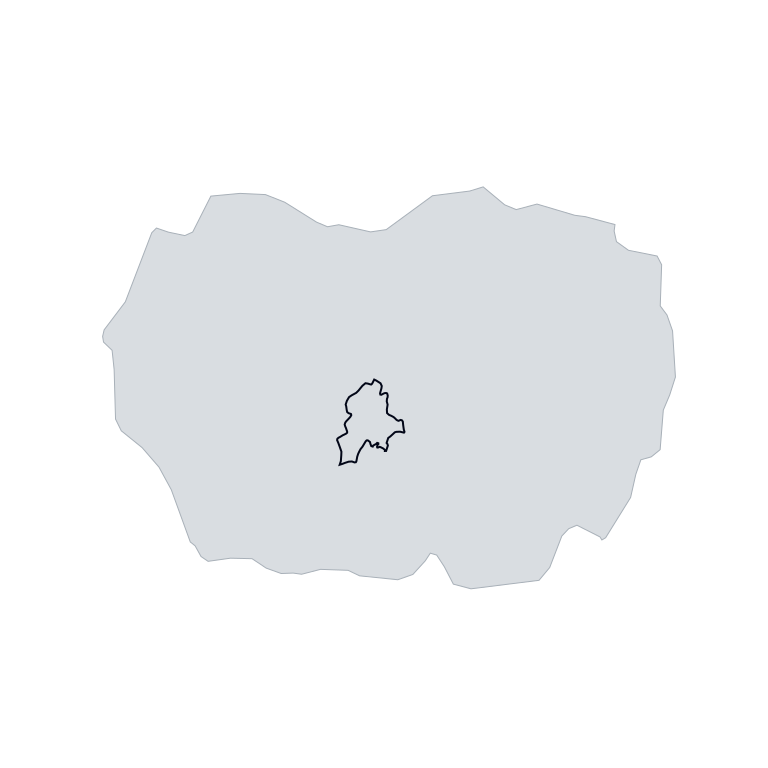 Veles highlighted on a map of North Macedonia, rotated 198°
{"feature_id": "MKD-2915", "entity_name": "Veles", "entity_type": "Statistical Region", "adm_level": 1, "iso_a3": "MKD", "parent_name": "North Macedonia", "parent_adm1": "", "projection": "orthographic", "projection_center": [21.727, 41.757], "detail": "fine", "context": "in_parent", "style": "outline", "palette": "ink", "viewbox_px": 768, "rotation_deg": 198, "n_neighbors": 0, "source": "natural_earth", "source_scale": "10m", "svg_char_len": 2808}
<svg xmlns="http://www.w3.org/2000/svg" viewBox="0 0 768 768"><g transform="rotate(198 384 384)"><path d="M348.4,194.1L360.6,195.7L387.1,188.1L403.6,177.6L412.0,176.1L423.2,172.0L439.2,172.5L455.5,177.1L476.2,170.9L496.5,161.0L504.7,163.4L513.6,171.7L519.4,173.9L553.6,217.7L572.3,235.4L594.3,248.7L619.4,258.3L628.5,267.7L645.1,314.3L653.0,332.0L663.7,337.2L666.3,342.3L666.9,349.0L655.4,382.2L651.6,456.1L648.6,462.0L636.0,461.8L619.3,463.6L612.9,469.4L606.7,509.2L579.8,520.8L555.3,527.5L534.6,526.2L498.2,517.1L486.3,516.1L476.2,521.5L443.8,524.5L429.6,531.5L396.1,578.0L362.1,594.0L350.6,602.1L324.6,591.7L312.2,590.7L294.1,602.4L254.7,603.4L244.0,605.4L213.6,607.0L212.4,600.6L206.9,591.2L192.8,586.7L163.8,590.1L156.8,583.2L145.4,543.6L136.2,537.1L126.0,523.7L109.0,480.7L108.9,461.9L110.3,445.5L101.1,406.9L107.3,397.3L116.3,391.3L116.6,375.9L114.4,352.3L125.7,306.3L128.6,303.0L131.3,305.3L156.9,309.3L163.6,303.5L167.9,294.4L169.7,260.7L175.9,245.2L238.0,216.1L256.2,215.1L270.1,228.8L281.0,237.6L287.7,237.4L290.1,228.6L297.7,211.8L310.4,202.1L348.0,194.0L348.4,194.1Z" fill="#d9dde1" stroke="#a8b0b8" stroke-width="1"/><path d="M355.7,355.0L354.5,354.1L353.0,350.7L351.1,346.8L349.7,344.8L349.9,344.2L350.0,343.9L354.0,343.6L357.5,342.3L358.8,341.4L360.0,339.2L361.9,335.9L363.3,334.0L363.3,330.3L363.3,328.7L362.2,328.0L361.3,326.7L361.3,325.3L361.3,322.9L361.3,321.0L362.4,320.6L362.5,321.4L364.7,322.4L367.1,322.8L368.7,322.9L369.8,321.9L370.7,321.5L371.2,322.0L371.3,324.2L370.8,325.2L371.1,325.9L372.3,325.9L373.1,324.3L374.3,323.2L375.3,322.0L375.4,321.0L376.9,321.0L378.3,322.7L379.4,324.5L382.0,325.4L383.1,325.0L383.7,323.8L384.4,320.8L385.1,317.7L386.2,314.8L386.7,311.9L387.0,309.5L387.0,306.6L386.7,304.4L386.4,301.9L386.6,300.9L387.8,300.3L390.6,300.4L393.6,299.2L396.9,296.8L398.7,295.3L401.2,293.5L401.2,294.1L401.2,297.3L402.6,303.0L403.6,306.5L406.4,310.2L409.3,313.9L411.3,316.2L411.4,317.6L410.6,318.9L409.4,320.1L407.4,322.5L406.1,323.7L404.7,325.1L404.0,326.3L404.4,327.5L405.2,328.5L406.6,330.4L407.7,331.6L408.9,333.3L408.9,335.4L408.4,336.9L407.0,339.8L406.1,341.8L405.8,342.6L405.5,344.3L406.2,345.3L407.3,345.3L408.7,345.3L410.4,346.0L411.4,347.7L413.0,351.0L414.1,352.6L414.1,354.0L414.1,356.5L413.2,360.7L411.3,363.2L407.7,367.0L406.2,369.9L405.1,372.8L404.0,375.6L401.9,379.0L399.4,379.4L397.6,379.4L396.1,379.5L395.4,380.6L395.1,382.4L394.7,385.2L392.5,384.9L387.5,383.6L385.5,381.4L385.1,379.0L385.0,375.9L384.9,373.9L384.2,372.8L383.1,373.0L382.4,373.8L381.1,375.1L380.4,375.6L379.2,376.1L378.1,376.0L376.9,374.2L376.5,372.5L376.6,370.8L376.0,368.3L374.2,365.5L373.4,360.6L372.1,357.3L369.7,356.2L367.3,356.0L364.6,355.5L362.8,354.7L361.1,353.8L359.9,353.5L358.7,353.5L357.9,354.3L357.0,355.0L355.7,355.0Z" fill="none" stroke="#020617" stroke-width="2"/></g></svg>